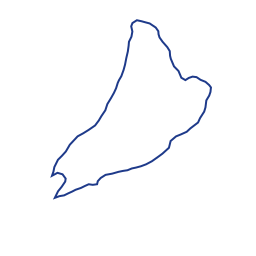 outline of Agios Sergios, Cyprus, rotated 214°
{"feature_id": "46923920B79563673366387", "entity_name": "Agios Sergios", "entity_type": "district", "adm_level": 2, "iso_a3": "CYP", "parent_name": "Cyprus", "parent_adm1": "", "projection": "albers", "projection_center": [33.892, 35.205], "detail": "fine", "context": "isolated", "style": "outline", "palette": "blue", "viewbox_px": 256, "rotation_deg": 214, "n_neighbors": 0, "source": "geoboundaries", "source_scale": "gbopen_adm2", "svg_char_len": 1328}
<svg xmlns="http://www.w3.org/2000/svg" viewBox="0 0 256 256"><g transform="rotate(214 128 128)"><path d="M122.2,64.1L123.3,67.0L122.7,71.3L120.4,76.6L115.6,81.3L111.4,86.3L108.3,89.5L104.8,92.7L102.2,96.6L99.3,99.6L95.9,103.5L92.7,108.0L89.6,113.8L86.7,121.5L85.1,126.0L83.0,134.5L85.4,141.1L83.5,147.9L80.6,152.2L77.2,157.7L76.1,162.5L73.0,171.7L73.8,176.5L74.0,184.2L75.3,188.4L78.5,194.7L78.8,200.3L79.8,204.0L81.9,208.0L84.8,209.0L89.6,209.6L94.8,208.5L99.6,208.5L103.2,206.7L105.6,203.5L107.2,199.8L111.9,199.5L118.0,203.5L124.3,204.8L131.2,209.3L133.5,211.4L136.4,215.1L140.6,217.0L147.5,218.8L152.5,220.7L155.1,222.8L157.0,225.2L161.2,226.8L168.5,226.8L172.5,225.4L176.4,224.1L180.9,222.3L183.0,217.5L182.2,214.1L178.3,210.4L176.2,205.6L175.4,200.0L173.5,196.6L170.9,191.3L168.5,185.0L165.9,178.9L164.1,173.6L162.5,167.2L162.2,162.5L161.7,159.6L160.1,154.3L159.3,149.3L158.8,143.2L158.5,136.3L156.7,130.0L156.7,123.1L156.4,117.8L156.7,111.7L159.6,104.3L162.2,98.5L165.1,92.9L166.9,81.6L166.7,78.7L166.4,73.7L167.2,68.1L168.3,62.5L167.7,58.1L167.2,54.4L165.4,50.1L164.3,45.9L161.4,51.4L156.4,53.0L151.4,51.2L150.1,48.5L150.1,42.2L150.6,36.4L149.6,29.2L146.7,33.2L143.3,36.4L140.9,40.6L138.8,44.0L136.9,47.5L133.5,52.0L131.4,55.7L129.1,59.4L125.4,61.2L122.2,64.1Z" fill="none" stroke="#1e3a8a" stroke-width="2"/></g></svg>